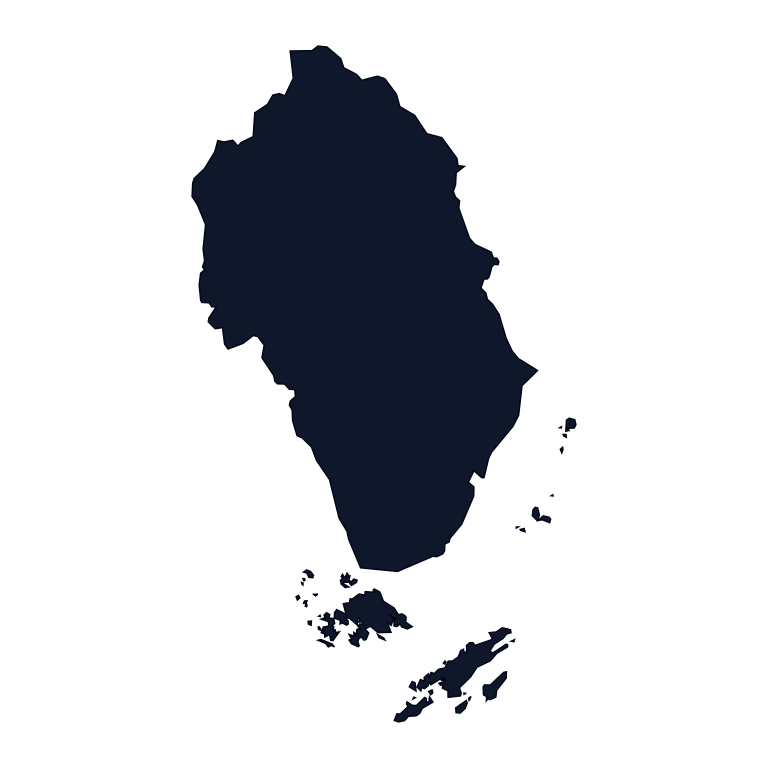 outline of Dam Ha, Quảng Ninh, Vietnam
{"feature_id": "81297802B85934029741785", "entity_name": "Dam Ha", "entity_type": "district", "adm_level": 2, "iso_a3": "VNM", "parent_name": "Vietnam", "parent_adm1": "Quảng Ninh", "projection": "equal_earth", "projection_center": [107.58, 21.361], "detail": "fine", "context": "isolated", "style": "filled", "palette": "ink", "viewbox_px": 768, "rotation_deg": 0, "n_neighbors": 0, "source": "geoboundaries", "source_scale": "gbopen_adm2", "svg_char_len": 6141}
<svg xmlns="http://www.w3.org/2000/svg" viewBox="0 0 768 768"><path d="M194.3,178.4L192.7,183.1L192.1,196.5L197.5,204.8L205.6,224.7L203.1,249.1L204.6,260.9L202.6,266.9L204.6,269.9L200.6,273.2L199.2,285.1L200.7,300.2L201.7,302.4L209.1,302.8L212.0,306.9L216.3,306.8L208.9,318.0L208.3,321.8L215.2,328.7L222.5,327.6L224.6,344.1L228.1,349.0L243.1,343.3L253.2,335.5L257.7,336.5L264.2,345.1L262.0,357.8L273.8,375.6L274.8,381.1L277.4,383.8L284.6,384.0L289.3,389.2L294.7,389.6L295.5,396.5L290.4,401.0L289.4,405.1L292.2,410.1L292.6,420.6L297.1,435.7L302.1,437.8L311.5,447.0L316.5,460.4L329.5,479.5L339.1,518.2L347.0,531.3L348.8,539.6L360.6,567.8L397.6,571.4L432.7,556.3L436.9,556.6L442.9,553.8L444.6,550.5L444.8,544.0L449.1,542.0L449.9,538.4L461.8,524.0L473.7,496.1L473.9,486.9L468.3,482.2L473.9,470.8L481.8,477.7L484.0,477.6L488.6,458.4L491.6,452.1L512.9,426.4L518.6,415.3L522.0,385.7L537.5,370.5L518.3,358.6L512.3,351.3L506.2,338.5L499.1,314.5L492.5,304.2L487.4,299.4L485.8,293.0L480.9,288.0L484.0,279.0L487.2,279.0L489.1,276.9L491.9,266.6L494.2,264.4L498.1,264.6L498.9,261.6L496.7,258.1L493.5,258.2L491.1,252.1L474.8,244.4L469.5,238.2L458.8,208.1L459.5,200.8L455.4,197.0L453.3,191.4L455.5,184.9L456.2,172.7L464.3,166.4L458.0,165.7L456.9,158.3L441.8,137.7L426.8,133.7L414.6,115.3L399.9,106.7L396.3,94.0L384.8,78.7L377.4,76.2L361.8,80.3L356.6,74.5L343.8,67.8L340.7,58.6L327.0,47.0L317.9,46.1L311.9,50.7L290.2,51.0L293.3,78.2L284.9,95.8L279.3,93.6L272.9,95.1L267.5,104.4L254.8,112.8L253.2,136.7L241.4,142.3L237.9,146.1L232.8,140.3L224.0,142.0L217.8,140.6L214.9,151.6L204.6,168.5L194.3,178.4ZM379.9,592.1L374.3,589.0L373.2,590.1L374.1,592.2L365.2,591.7L364.8,595.1L359.1,594.0L352.2,599.1L350.1,598.8L349.5,602.7L343.3,603.7L346.1,614.4L336.7,609.6L334.6,612.5L334.3,618.1L340.5,620.3L339.9,623.9L342.5,623.0L346.6,625.1L348.2,624.1L348.2,621.1L345.0,617.5L349.9,618.5L357.2,625.0L358.0,618.3L360.1,618.0L359.1,622.0L362.4,622.0L363.4,624.2L359.8,623.9L358.1,626.5L360.2,628.3L356.9,629.4L356.3,634.4L353.9,632.5L354.0,636.2L349.1,634.4L351.7,639.2L349.1,640.1L351.5,643.7L358.3,646.7L359.2,645.6L357.8,641.7L359.1,638.1L361.3,637.1L364.0,640.1L366.1,639.5L368.7,633.0L365.1,629.0L370.4,626.2L378.0,632.6L391.0,632.3L387.6,623.4L391.2,625.3L393.6,618.7L389.4,614.0L393.8,617.7L398.4,618.5L394.3,618.6L394.0,625.9L396.8,626.6L400.2,623.9L401.6,626.8L407.2,628.9L412.2,626.7L405.6,622.0L406.2,617.4L404.9,615.6L401.8,613.9L398.5,614.8L394.1,608.0L383.4,601.2L379.9,592.1ZM511.0,632.7L510.5,629.7L502.2,627.8L496.2,632.0L489.2,632.7L492.2,638.4L491.1,639.9L475.0,645.4L472.9,642.7L469.6,642.7L466.5,645.5L466.8,651.7L463.9,652.5L463.5,649.3L460.8,650.5L458.2,657.0L452.5,661.0L448.3,661.2L445.1,667.8L438.4,669.4L434.4,673.5L431.0,672.5L429.3,677.0L428.2,673.9L424.1,677.5L424.6,681.3L420.5,679.5L417.1,687.0L420.8,690.9L421.8,687.7L424.6,688.6L428.0,685.8L429.4,682.2L430.9,684.7L440.5,678.8L445.9,678.0L440.8,680.3L445.6,680.3L444.6,681.6L438.9,683.2L440.4,685.2L442.8,684.8L442.4,688.2L448.0,690.8L448.1,697.3L460.4,695.9L461.2,693.2L459.4,687.8L470.8,676.6L477.0,667.2L490.2,660.9L496.9,653.2L507.5,647.0L507.7,644.9L506.1,644.2L492.9,653.0L489.8,651.1L494.3,644.0L503.0,638.5L506.7,633.9L511.0,632.7ZM432.9,702.1L429.6,697.0L428.8,702.2L426.2,701.9L426.4,698.5L424.6,697.5L416.4,705.5L412.0,705.3L407.2,701.9L406.5,703.8L408.0,706.6L400.2,714.0L396.9,713.9L394.3,720.4L398.6,721.9L404.5,720.6L408.3,716.3L416.1,715.8L419.7,713.4L422.3,708.3L432.9,702.1ZM496.7,690.2L506.2,678.1L506.4,671.8L503.7,672.4L490.2,685.1L484.5,684.9L483.2,687.0L483.5,694.8L486.7,696.7L486.4,700.7L488.0,698.8L490.0,699.7L495.8,697.1L496.7,690.2ZM328.9,617.9L329.7,614.6L326.5,612.7L324.1,615.1L325.0,617.8L321.2,619.1L328.4,621.6L328.8,624.4L328.2,626.2L323.2,627.1L321.3,632.7L323.4,633.6L324.6,631.3L324.8,637.0L329.5,634.6L330.7,640.2L332.9,640.6L339.3,631.8L335.9,632.7L335.2,629.9L333.3,629.8L333.7,626.8L331.8,626.0L334.7,623.4L333.7,618.6L328.9,617.9ZM574.3,428.0L575.9,424.5L574.7,419.7L569.3,418.2L566.5,420.1L565.8,431.2L569.1,430.5L567.8,428.3L574.3,428.0ZM344.5,577.4L342.5,574.3L341.3,576.6L342.7,578.1L340.5,580.3L341.2,584.0L345.1,587.5L348.8,586.9L343.6,584.0L343.5,582.4L348.9,582.1L351.4,585.5L356.4,582.4L357.1,580.1L353.7,579.1L351.6,581.9L348.8,580.2L349.9,575.9L344.5,577.4ZM460.2,713.0L465.1,708.6L467.2,703.0L466.3,700.5L455.7,707.9L456.1,712.7L460.2,713.0ZM537.4,520.7L539.5,515.2L537.6,507.9L535.2,507.3L533.1,509.8L532.3,515.6L537.4,520.7ZM550.6,519.3L549.0,517.2L543.2,515.9L538.4,520.4L542.3,519.8L549.6,522.7L550.6,519.3ZM310.6,571.5L306.6,569.9L303.6,572.1L306.8,573.0L308.9,577.3L312.7,577.8L313.5,575.4L310.6,571.5ZM416.0,691.0L415.1,682.9L412.3,681.5L409.3,686.8L416.0,691.0ZM332.0,644.0L320.9,639.5L318.1,640.3L325.8,643.5L328.3,646.9L331.3,645.3L334.4,646.9L332.0,644.0ZM430.6,694.7L432.8,693.0L432.1,690.0L428.7,691.5L430.6,694.7ZM311.1,625.2L311.4,621.0L308.1,621.4L308.5,624.2L311.1,625.2ZM297.4,600.0L299.8,597.9L298.4,595.4L296.1,596.8L297.4,600.0ZM525.0,531.7L524.1,528.5L520.2,529.5L520.6,530.3L525.0,531.7ZM561.8,452.8L563.0,449.3L562.6,447.3L560.3,449.3L561.8,452.8ZM384.9,640.0L383.8,638.1L377.6,634.5L379.1,637.6L384.9,640.0ZM566.3,437.3L566.0,434.5L563.2,434.5L563.8,436.0L566.3,437.3ZM307.0,600.8L304.5,601.0L303.6,603.3L306.2,603.5L307.0,600.8ZM511.3,641.2L513.9,641.7L514.5,639.7L511.3,641.2ZM444.9,664.1L445.9,661.9L445.0,661.1L443.4,663.1L444.9,664.1ZM320.9,630.2L319.4,627.0L318.3,626.9L318.5,629.3L320.9,630.2ZM315.5,595.9L317.2,594.7L317.2,594.1L313.7,594.4L315.5,595.9ZM469.1,700.4L469.8,699.5L470.9,696.4L468.6,698.5L469.1,700.4ZM345.8,575.9L348.3,574.8L347.1,573.2L345.8,575.9ZM304.9,580.5L304.5,578.7L303.0,578.7L303.7,580.7L304.9,580.5ZM413.1,698.9L415.2,697.7L413.9,697.2L413.1,698.9ZM306.6,606.7L307.1,605.1L305.8,604.9L305.3,606.1L306.6,606.7ZM302.9,585.0L303.1,583.2L301.6,582.4L301.7,583.8L302.9,585.0ZM559.7,427.7L561.3,427.9L561.4,426.7L559.7,427.7ZM464.1,694.3L466.2,693.2L463.9,693.2L464.1,694.3ZM516.3,528.0L518.1,527.0L516.3,527.0L516.3,528.0ZM551.3,495.7L553.1,495.9L552.8,494.8L551.3,495.7ZM318.8,616.2L320.3,616.5L320.1,615.3L318.8,616.2Z" fill="#0f172a" stroke="#020617" stroke-width="1.5"/></svg>